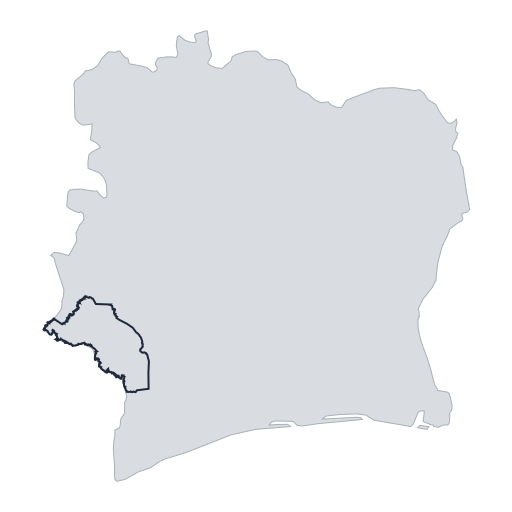 location of Cavally, Cavally, Ivory Coast
{"feature_id": "98640826B42717034718743", "entity_name": "Cavally", "entity_type": "district", "adm_level": 2, "iso_a3": "CIV", "parent_name": "Ivory Coast", "parent_adm1": "Cavally", "projection": "mercator", "projection_center": [-7.871, 6.299], "detail": "fine", "context": "in_parent", "style": "outline", "palette": "slate", "viewbox_px": 512, "rotation_deg": 0, "n_neighbors": 0, "source": "geoboundaries", "source_scale": "gbopen_adm2", "svg_char_len": 9137}
<svg xmlns="http://www.w3.org/2000/svg" viewBox="0 0 512 512"><path d="M85.4,70.7L87.4,70.7L92.8,69.1L97.7,65.5L102.3,57.9L108.4,51.9L115.4,52.3L117.4,51.2L119.9,51.0L122.8,55.0L125.7,58.0L127.8,58.1L129.3,63.8L142.0,66.2L147.4,67.8L152.0,72.0L153.6,72.1L155.5,71.2L157.0,69.7L157.3,68.1L155.3,64.4L156.2,61.0L158.2,57.9L161.5,57.7L166.4,56.9L172.0,56.9L176.2,57.4L177.9,54.4L176.3,45.8L176.7,41.1L177.4,37.2L179.0,35.5L185.3,40.5L191.0,42.3L195.1,42.5L196.3,41.5L194.5,36.1L195.0,34.4L196.5,33.5L199.2,32.9L206.5,30.7L207.3,31.2L208.6,39.7L208.0,42.5L209.6,48.4L211.4,53.8L211.3,56.0L209.7,59.3L207.9,62.4L208.1,63.7L211.0,65.8L216.6,67.9L222.4,68.4L225.6,65.3L229.0,62.7L231.3,60.4L232.1,57.0L235.7,54.6L246.2,51.4L255.9,51.0L258.2,52.0L262.5,56.7L268.1,59.9L276.5,59.5L282.6,61.5L287.9,65.1L291.4,73.2L295.3,79.0L297.0,87.3L303.1,91.6L307.9,93.6L314.3,99.6L321.1,102.7L328.0,101.9L331.3,105.1L336.5,107.3L341.6,107.5L346.2,100.5L352.2,97.8L367.5,92.3L373.5,89.8L379.6,88.2L394.3,87.7L407.9,89.4L414.7,90.7L419.3,89.7L423.7,93.0L428.3,99.9L432.0,102.1L435.8,104.5L438.6,110.0L441.9,115.4L443.7,117.8L447.8,123.1L451.3,123.2L454.8,120.9L456.3,119.1L457.0,122.7L455.6,128.4L455.9,131.9L457.8,133.3L456.7,137.8L452.7,145.5L452.7,150.1L456.7,151.5L459.5,156.4L461.2,164.7L463.0,167.5L463.1,169.2L466.0,189.2L469.6,209.4L467.3,212.0L464.2,212.8L462.2,213.7L461.6,215.6L462.9,218.3L462.0,220.8L458.2,222.6L449.7,229.0L449.1,231.5L446.9,236.9L445.0,240.3L442.2,246.4L437.8,262.7L436.2,276.2L436.0,280.3L434.3,283.2L432.3,287.4L423.1,299.0L418.4,308.4L419.1,312.5L419.3,316.6L417.9,319.6L418.1,327.6L419.3,334.2L420.9,340.8L427.6,359.3L431.0,370.5L433.2,379.6L435.1,385.6L436.9,388.1L437.6,390.4L447.5,392.1L449.4,393.5L452.1,405.3L451.6,410.6L449.7,412.6L449.8,417.1L449.3,422.7L447.9,424.9L442.3,425.2L438.6,427.3L433.6,426.5L433.2,425.1L430.5,424.6L423.1,421.4L424.4,411.2L421.0,410.8L418.3,412.1L413.1,424.4L410.6,426.5L374.0,420.2L366.0,415.1L356.5,413.9L339.9,414.5L326.2,416.0L322.3,419.1L356.8,417.3L360.6,417.6L362.3,419.5L318.6,423.6L301.9,426.0L297.0,425.3L293.2,421.4L275.1,420.9L271.4,422.2L269.1,425.1L276.2,424.5L287.5,424.3L290.5,426.5L255.3,429.4L230.8,434.9L220.5,439.0L186.4,452.4L165.6,458.8L160.2,461.1L150.7,467.7L138.5,471.8L124.9,479.5L116.6,481.3L114.7,478.8L114.5,465.8L113.3,448.2L113.8,441.5L114.9,435.2L114.9,430.0L119.0,428.1L120.1,425.9L120.8,419.1L124.6,412.9L124.7,402.1L125.9,399.8L126.7,397.0L125.1,389.9L122.9,376.5L121.9,375.6L120.9,376.2L118.8,376.4L110.2,371.8L103.6,371.0L99.0,367.1L98.6,362.6L96.4,359.9L94.8,354.7L92.5,348.8L86.0,345.1L79.9,344.3L75.5,345.0L70.4,344.8L64.6,342.8L60.5,340.6L56.7,336.2L53.2,332.7L50.4,333.1L46.9,332.3L43.5,330.7L42.4,329.5L56.6,315.6L61.4,308.8L61.9,304.7L62.0,300.4L63.5,296.1L63.9,289.6L56.1,265.7L54.1,258.3L52.0,256.2L50.6,255.4L54.6,252.3L60.1,253.1L68.5,255.5L70.3,253.1L76.6,241.1L76.4,236.6L75.8,233.5L79.5,225.2L82.5,222.0L84.0,218.6L83.5,213.9L81.3,212.1L78.4,212.5L74.8,211.3L69.5,208.6L66.8,206.2L67.6,195.3L68.1,191.9L70.0,189.9L72.9,189.4L81.3,189.1L88.0,190.3L93.9,191.1L97.1,191.0L99.6,194.3L103.0,197.6L106.0,197.6L107.0,195.1L106.3,184.3L104.3,178.6L99.8,173.1L88.1,168.4L87.9,161.9L89.0,154.7L91.6,152.1L100.3,147.6L98.7,145.2L96.0,142.6L90.4,139.9L91.7,131.4L92.0,123.8L87.3,124.7L82.5,125.1L78.5,122.7L75.1,118.1L74.5,105.4L74.5,90.7L73.8,84.2L75.1,80.7L79.2,77.5L83.8,73.4L85.4,70.7ZM428.9,426.7L427.0,429.5L417.7,427.7L419.9,425.3L428.9,426.7Z" fill="#d9dde1" stroke="#a8b0b8" stroke-width="1"/><path d="M85.2,296.2L85.0,296.5L85.3,296.5L84.9,296.9L85.0,297.1L84.9,297.4L84.2,297.4L84.1,297.9L83.8,297.5L83.6,297.6L83.4,298.2L83.8,298.5L83.5,298.5L83.0,299.1L82.4,299.1L82.4,299.7L81.5,299.8L81.8,300.2L80.9,300.5L80.4,301.1L80.4,300.5L80.0,300.3L79.6,300.5L79.5,301.3L79.1,301.7L79.4,302.3L78.8,301.9L78.1,302.4L77.6,302.4L77.5,302.7L77.7,302.9L77.9,302.7L77.9,303.1L78.8,303.5L78.4,303.7L78.3,303.4L78.0,303.5L78.1,304.3L78.4,304.5L78.7,304.5L78.1,304.5L77.6,305.0L77.1,305.2L77.3,306.1L77.0,306.2L77.1,306.5L77.5,306.7L77.8,305.8L78.1,306.1L78.1,306.4L78.0,306.8L77.7,306.7L77.7,306.8L78.6,307.4L78.4,307.6L78.7,307.8L78.6,308.1L78.2,308.4L78.5,308.5L78.9,308.3L78.4,308.8L77.8,308.3L77.4,309.2L77.1,308.9L76.8,308.9L76.7,309.0L76.8,309.6L76.4,309.5L76.0,310.3L75.7,309.8L75.4,309.9L74.6,310.8L74.8,311.0L74.1,311.6L73.5,311.3L73.1,311.6L73.6,312.4L73.3,312.8L73.3,313.5L73.7,313.7L73.5,314.2L73.3,314.2L73.1,314.5L73.5,314.5L73.4,314.7L72.5,314.8L72.2,315.4L71.2,315.6L70.9,315.4L71.4,314.9L71.1,314.3L70.8,314.0L69.9,314.0L69.9,314.9L69.8,315.0L69.3,314.9L69.2,315.1L69.5,315.6L68.6,316.0L68.5,316.3L69.3,316.8L69.3,317.2L69.7,317.5L69.3,317.3L69.4,317.8L69.2,317.9L68.2,317.8L68.2,318.5L67.9,318.5L67.5,317.9L67.0,318.0L67.1,318.3L67.8,318.8L68.1,319.4L67.0,319.9L67.2,320.2L67.6,320.0L67.3,320.3L67.6,321.1L67.4,321.6L67.1,321.7L66.0,321.2L65.8,321.9L64.9,322.4L64.7,323.3L64.3,322.8L63.4,322.9L63.1,323.8L62.2,324.3L54.1,319.0L54.2,318.6L53.7,318.5L53.2,319.0L53.1,319.7L53.3,320.0L52.5,320.3L52.3,320.7L51.7,320.5L51.5,320.8L50.7,321.0L50.6,321.5L50.9,321.9L50.5,322.2L50.3,321.7L49.9,321.6L49.4,322.1L49.4,323.2L49.0,323.0L48.5,323.2L47.9,322.1L47.4,322.4L47.7,323.7L47.4,325.5L47.1,325.7L46.0,325.1L45.4,325.3L45.1,326.0L45.9,326.7L45.4,327.0L45.0,328.4L44.6,328.2L44.0,328.4L44.1,329.0L43.8,329.6L44.0,329.9L44.2,330.2L46.2,330.1L47.7,331.1L48.1,332.2L49.2,333.8L49.8,334.4L51.2,334.8L51.9,334.2L51.9,333.4L52.7,332.8L53.0,332.2L52.4,330.3L52.6,329.9L53.8,330.5L54.0,330.7L54.2,332.1L54.6,332.3L54.8,332.9L56.9,334.0L55.9,335.0L56.3,335.5L56.6,335.2L56.6,335.9L57.1,336.4L57.0,337.3L57.8,338.3L57.3,338.7L56.6,338.8L55.7,339.3L56.3,339.5L56.9,340.6L57.7,340.8L57.9,340.0L58.5,340.0L58.7,339.7L59.3,340.0L60.2,339.7L60.8,338.8L61.1,339.3L61.5,339.3L62.4,340.1L62.8,340.1L63.2,340.9L63.6,340.9L63.9,340.6L64.7,340.8L64.8,340.9L64.7,341.5L65.8,341.6L65.6,342.0L65.1,342.0L64.8,342.2L64.9,342.8L66.2,343.0L66.6,342.7L67.2,342.9L67.7,342.5L69.3,344.0L69.9,343.7L70.1,344.1L70.9,343.8L71.1,344.1L71.3,344.1L71.5,344.8L72.3,345.1L72.3,345.5L72.7,346.0L73.6,345.6L75.7,345.6L77.1,344.8L77.6,345.0L77.9,344.9L78.3,343.9L79.2,344.3L79.8,343.9L80.1,344.0L80.5,343.8L81.2,344.0L81.7,343.4L82.6,343.1L83.0,343.1L84.5,342.7L85.1,343.7L85.0,344.3L85.2,344.5L86.0,344.2L86.1,344.6L86.3,344.6L86.5,344.3L86.8,344.5L87.2,345.2L87.6,345.3L87.8,345.2L88.3,344.4L88.5,344.4L89.3,345.4L89.7,345.5L90.0,345.4L90.3,344.8L90.5,345.1L90.4,345.9L90.7,346.1L91.1,346.0L91.1,345.4L91.2,345.1L91.4,345.1L92.0,346.8L93.1,347.8L94.7,348.8L96.3,350.8L97.1,351.4L96.7,351.6L95.9,351.4L95.4,351.8L96.0,352.3L95.8,353.0L96.1,353.6L95.3,354.0L95.1,354.4L95.3,355.7L94.9,356.3L95.1,358.0L94.8,358.4L94.9,358.8L95.4,358.9L95.0,359.6L95.2,360.0L95.6,359.9L96.3,359.5L96.3,358.9L96.6,358.4L97.3,358.7L97.6,359.2L98.0,359.2L98.2,358.6L99.0,359.3L99.1,359.9L98.5,360.7L98.5,361.2L100.6,362.5L100.8,362.8L99.6,363.3L99.4,363.6L99.3,363.9L99.7,364.7L99.0,365.0L99.1,366.5L101.2,367.2L100.9,367.7L101.1,368.5L102.3,369.4L102.9,370.2L103.4,370.1L105.4,372.1L106.6,372.7L106.9,372.7L107.5,372.0L106.7,371.1L106.6,370.5L107.1,370.4L107.5,369.4L108.1,368.9L108.1,369.5L108.4,369.9L108.1,370.7L108.2,371.5L108.4,371.7L109.0,371.2L109.7,372.1L110.1,371.9L110.5,372.1L110.8,372.0L111.2,372.3L111.5,372.2L111.7,373.1L112.1,372.9L112.4,373.5L112.7,373.4L113.0,372.8L113.5,372.6L113.9,372.9L115.6,374.4L114.7,374.3L114.2,374.6L114.3,374.9L115.2,375.0L115.4,376.2L116.3,377.3L116.7,377.2L116.8,376.7L116.6,376.3L117.3,376.3L117.8,375.6L118.1,375.6L118.6,375.7L118.7,376.4L118.0,376.5L118.0,376.9L118.9,377.0L119.2,377.3L119.1,377.6L119.6,377.9L119.9,378.3L120.2,378.3L120.7,378.7L121.3,378.8L121.5,378.5L121.5,377.4L121.9,377.1L121.6,376.3L122.1,375.2L123.1,375.6L123.3,375.8L123.5,375.7L123.5,376.0L124.4,376.6L124.2,376.8L124.3,377.9L123.4,379.6L123.7,380.0L123.5,380.5L124.1,380.5L124.5,381.2L124.4,381.5L123.4,382.4L123.4,383.0L123.8,383.2L124.1,383.8L123.9,384.3L124.1,385.6L124.3,385.8L124.2,386.4L124.6,387.1L125.3,387.0L125.0,388.0L125.5,388.4L125.6,389.5L126.0,390.2L126.7,390.9L126.6,391.7L126.7,391.8L127.6,391.7L128.0,392.0L129.4,391.8L130.3,391.9L130.8,391.5L131.6,392.0L132.3,392.2L133.4,391.5L134.4,392.0L135.6,392.1L136.9,390.3L148.6,388.8L148.4,373.2L148.9,361.3L147.2,354.6L146.4,354.2L146.1,353.7L146.2,353.3L145.5,352.8L145.1,352.8L144.1,352.3L143.2,352.7L142.1,352.5L141.6,352.3L140.2,350.8L140.1,350.3L140.4,349.8L140.4,349.1L141.4,348.4L141.7,347.6L142.8,346.7L142.5,345.2L142.8,344.1L142.3,343.8L141.9,342.9L142.4,341.9L140.9,337.4L139.8,336.2L139.3,335.1L137.2,333.0L136.2,332.4L132.7,327.7L127.0,323.8L119.6,320.0L116.5,318.0L116.7,317.1L117.0,316.8L116.5,316.4L115.6,316.1L115.5,315.8L116.0,315.6L115.5,314.8L115.3,314.2L115.5,313.8L115.2,313.7L114.5,314.0L114.4,313.2L114.0,313.0L114.0,312.2L114.3,311.2L114.7,310.9L114.6,310.6L115.1,309.6L115.0,309.3L114.4,309.1L114.1,309.5L113.7,309.6L113.5,308.7L113.1,308.5L112.6,308.9L112.1,305.8L111.6,305.5L111.3,305.5L110.8,305.0L110.1,304.9L110.5,304.5L95.9,304.0L92.8,298.6L92.1,298.6L91.0,297.5L89.5,297.1L89.2,297.7L88.5,297.8L88.0,297.4L86.4,297.0L85.2,296.2Z" fill="none" stroke="#1e293b" stroke-width="2"/></svg>